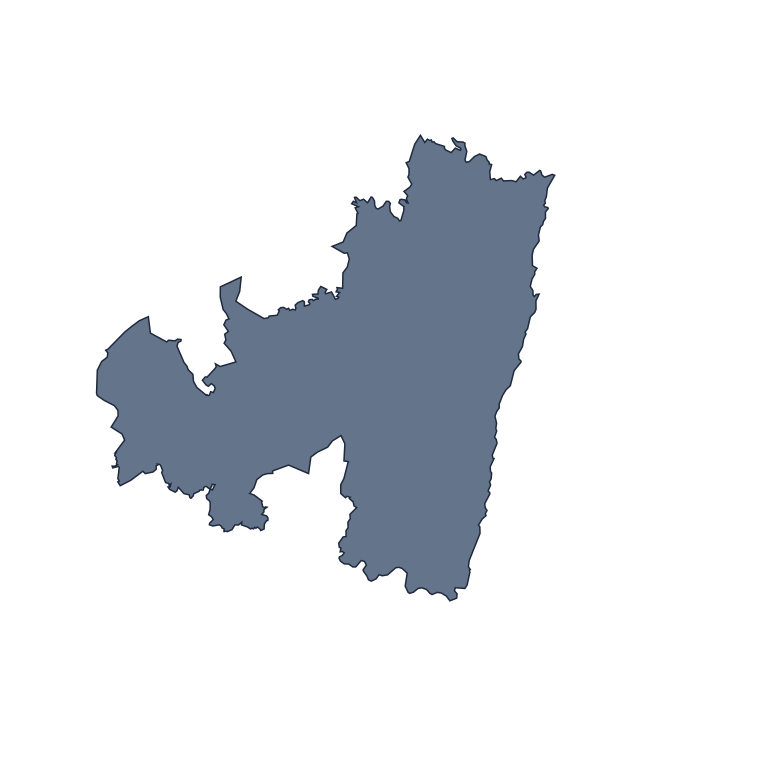 Buffalo City, Eastern Cape, South Africa, rotated 319°
{"feature_id": "47623444B85184421345333", "entity_name": "Buffalo City", "entity_type": "district", "adm_level": 2, "iso_a3": "ZAF", "parent_name": "South Africa", "parent_adm1": "Eastern Cape", "projection": "albers", "projection_center": [27.551, -32.98], "detail": "fine", "context": "isolated", "style": "filled", "palette": "slate", "viewbox_px": 768, "rotation_deg": 319, "n_neighbors": 0, "source": "geoboundaries", "source_scale": "gbopen_adm2", "svg_char_len": 6171}
<svg xmlns="http://www.w3.org/2000/svg" viewBox="0 0 768 768"><g transform="rotate(319 384 384)"><path d="M310.9,591.4L314.9,590.2L325.2,582.5L326.6,580.3L327.4,580.6L327.8,577.3L332.5,573.1L358.5,559.7L362.6,554.7L362.7,552.5L369.6,550.3L374.6,550.3L375.5,548.3L378.8,547.0L379.2,543.9L381.5,540.4L391.7,536.4L392.5,535.5L392.4,533.0L398.2,530.2L399.4,527.1L402.8,525.8L406.9,521.7L407.0,519.9L409.8,516.2L418.2,512.4L417.5,511.3L419.2,508.6L430.4,502.9L432.3,499.6L432.6,496.6L438.1,493.5L439.2,490.9L443.1,487.6L446.7,481.0L451.5,478.5L455.3,477.7L457.6,474.8L466.2,470.3L472.5,468.4L478.2,468.2L491.0,459.3L501.8,457.4L502.5,456.3L502.2,453.6L505.3,449.4L513.0,446.6L518.9,441.7L524.1,439.4L524.3,437.5L528.7,436.4L538.5,429.3L544.7,428.9L547.8,427.3L553.2,420.9L560.0,417.9L557.6,416.2L554.8,416.6L554.8,414.8L557.7,411.1L558.4,406.3L564.6,401.9L569.8,400.1L571.3,398.2L575.4,397.0L573.7,392.1L580.4,383.9L585.2,380.4L595.0,377.8L598.4,372.8L605.2,368.0L608.3,367.9L611.0,365.9L614.5,365.0L618.7,360.1L623.0,359.4L623.4,358.3L621.6,355.8L621.8,353.8L624.4,353.4L625.5,351.2L629.5,349.1L635.9,343.3L649.8,338.5L648.5,336.2L640.9,333.3L640.3,329.9L642.0,326.0L641.6,324.9L633.9,324.5L632.4,319.2L630.6,317.9L627.7,318.2L626.9,321.1L626.1,321.5L623.5,320.4L623.3,316.7L616.4,318.0L613.8,314.2L607.4,309.1L607.6,305.6L602.1,304.1L602.1,301.5L598.4,299.5L603.1,293.2L609.2,289.0L607.7,287.0L608.8,285.8L608.8,282.7L610.1,279.1L607.0,273.1L601.4,271.7L594.3,272.1L591.5,270.5L592.1,268.1L599.1,262.7L601.5,257.0L603.1,255.4L602.4,253.3L598.1,249.1L597.7,243.7L596.3,243.2L595.3,245.8L594.7,251.5L596.4,256.2L596.0,257.4L594.8,257.6L592.6,252.8L586.5,253.4L584.2,248.0L584.2,245.7L585.5,244.4L580.6,236.3L580.7,234.1L579.0,232.9L579.9,230.9L578.2,230.1L577.4,227.7L573.2,228.5L574.7,220.2L564.5,223.2L549.1,232.6L545.9,231.5L544.2,237.8L540.4,242.2L537.8,243.5L536.1,251.3L532.8,252.4L525.4,251.8L525.5,257.2L522.0,259.3L520.9,263.2L520.0,262.0L520.5,258.8L518.5,256.2L517.0,255.4L514.1,257.0L515.4,263.2L512.6,266.2L503.9,271.7L502.7,271.0L503.1,268.1L501.4,264.1L501.8,258.0L504.7,253.7L507.3,251.9L507.4,249.3L505.6,247.6L499.9,249.1L494.2,248.0L493.4,246.5L494.1,243.3L496.9,239.6L497.7,235.7L496.9,234.4L490.5,236.4L489.8,231.1L486.0,229.8L485.6,224.8L484.1,223.8L482.2,229.2L480.8,226.0L477.9,226.7L481.0,233.5L477.8,232.1L476.4,238.0L475.2,237.8L467.0,246.2L455.1,245.7L446.4,250.0L435.1,246.1L439.7,259.2L442.4,260.9L439.8,266.9L433.1,271.6L425.9,273.2L415.6,284.6L411.7,280.4L411.1,281.9L408.3,283.0L410.6,285.8L405.6,286.7L406.9,288.6L405.6,289.3L402.9,288.2L404.8,280.1L399.3,277.7L399.6,276.2L402.9,275.1L400.3,268.9L395.9,270.2L393.3,272.8L388.8,269.4L387.9,271.1L390.6,276.1L390.0,276.8L387.9,275.1L385.4,274.8L385.3,273.0L382.8,271.4L380.8,272.4L380.9,274.6L379.6,275.2L375.1,273.0L377.8,269.7L377.4,267.8L372.5,266.1L368.7,266.2L367.1,269.1L365.5,269.9L364.2,267.7L361.2,266.7L361.6,264.2L359.7,263.9L358.4,260.2L356.1,258.6L352.9,258.7L353.1,260.0L348.6,262.1L341.9,257.4L340.2,258.2L336.4,255.9L330.1,238.0L326.5,224.3L335.9,219.4L346.4,209.6L324.2,203.3L317.4,211.0L311.5,222.2L311.2,227.7L309.6,233.2L306.7,232.1L302.0,234.2L301.0,242.2L296.4,241.9L293.6,247.0L290.1,248.3L290.1,259.1L286.7,270.2L271.8,263.3L270.0,258.2L268.9,260.7L267.1,261.4L255.1,262.7L253.7,261.4L249.4,262.0L249.1,268.0L249.9,270.5L253.9,270.4L254.6,273.6L253.9,276.5L249.6,278.5L248.1,276.1L244.9,277.9L243.9,277.6L243.4,275.9L242.5,276.1L240.5,264.0L241.9,257.1L246.1,251.3L245.6,244.9L247.0,241.1L247.2,236.5L252.6,219.6L256.0,217.5L258.8,218.4L260.0,217.3L257.6,214.7L254.6,214.3L250.1,209.6L247.6,209.7L241.1,192.3L250.3,178.6L240.7,175.7L231.5,175.0L222.5,174.7L198.5,176.6L196.1,175.9L195.9,179.5L192.6,182.2L185.6,181.8L176.7,185.5L160.8,202.6L160.0,204.6L162.1,212.9L166.3,223.4L165.9,229.4L162.3,233.7L149.8,237.5L153.5,249.9L151.4,256.2L136.1,259.5L136.9,259.9L134.0,261.1L133.7,264.1L132.2,264.9L132.2,266.8L129.7,268.8L129.9,270.0L126.5,269.2L125.0,267.6L124.2,269.3L129.4,271.9L129.5,273.2L121.0,280.9L120.6,283.5L118.9,283.2L118.2,287.7L129.5,290.5L144.8,291.7L145.0,295.0L152.0,298.9L156.2,298.9L158.2,296.4L160.4,296.7L160.4,295.9L161.9,297.4L162.0,298.9L160.2,304.0L158.1,305.0L154.5,315.1L156.4,318.1L155.2,319.6L157.5,319.7L154.8,321.3L153.4,320.1L153.1,323.0L155.5,328.7L157.5,328.8L161.0,327.0L161.1,335.5L164.3,339.9L163.0,342.3L163.3,343.6L166.7,343.3L168.4,342.0L174.2,343.7L175.5,343.2L177.9,345.4L180.3,343.9L181.8,344.1L182.7,344.7L183.5,348.8L186.9,348.2L188.3,346.9L190.4,349.1L185.0,351.4L184.6,350.1L182.9,349.8L180.0,351.5L176.8,351.5L175.0,354.1L175.6,357.8L175.0,359.5L170.3,364.7L165.9,367.6L166.7,371.0L166.2,374.3L161.2,374.6L159.8,375.7L161.7,378.9L167.3,382.2L168.0,385.1L167.3,386.4L168.3,388.4L166.0,390.8L167.3,390.3L168.9,392.6L173.7,394.2L179.1,392.5L181.6,394.9L186.0,395.0L184.0,396.8L187.2,402.4L188.2,405.9L189.7,406.2L190.6,407.8L192.4,407.3L192.7,408.8L194.6,408.9L195.3,411.8L194.8,413.7L198.3,414.8L202.0,411.1L205.9,410.1L206.8,410.8L208.5,409.0L208.9,406.6L206.2,402.3L209.4,401.8L211.1,399.9L214.8,400.2L213.9,399.0L212.9,399.4L211.9,397.1L214.3,392.6L215.2,392.5L213.1,382.4L210.8,378.5L217.5,377.2L225.3,372.7L232.8,373.1L237.2,375.1L241.4,378.5L242.8,376.5L258.8,382.6L268.3,402.1L280.9,391.1L289.5,391.8L300.0,394.7L307.8,393.1L317.7,394.7L315.3,403.4L303.3,415.8L306.1,419.1L291.8,429.0L285.3,431.6L279.5,438.3L280.3,444.5L282.3,444.4L284.2,447.4L282.7,447.7L283.4,452.7L281.4,456.3L282.2,459.4L272.8,460.0L270.2,463.5L266.1,464.6L262.6,468.9L259.1,469.8L255.3,474.2L252.9,472.6L245.4,474.4L243.1,478.0L243.9,479.5L240.8,481.9L242.7,483.2L243.2,485.3L239.9,486.0L236.9,485.2L235.7,486.1L234.9,489.1L236.0,493.7L239.2,496.7L240.5,501.7L242.7,503.5L251.0,502.3L252.9,505.1L251.8,509.2L246.5,510.4L245.7,511.5L245.2,517.6L243.8,521.6L245.1,524.5L250.3,525.9L255.1,524.7L256.9,527.6L261.5,530.4L272.4,530.4L275.0,532.2L276.7,535.1L277.4,542.0L267.4,550.4L265.5,557.0L265.9,558.7L269.7,560.5L275.6,560.6L278.8,562.6L281.3,567.0L281.3,572.1L282.1,574.4L287.3,576.1L290.0,579.1L291.9,584.9L291.5,590.9L298.4,593.3L301.5,590.3L301.5,586.3L304.2,584.5L310.9,591.4Z" fill="#64748b" stroke="#1e293b" stroke-width="1.5"/></g></svg>